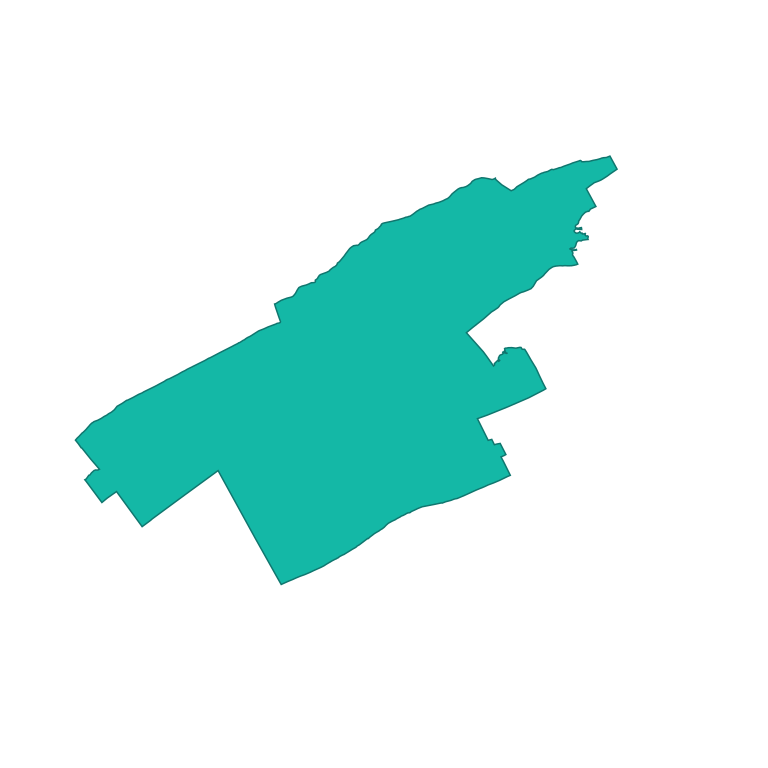 Gogosu, Dolj, Romania (Albers equal-area conic projection), rotated 331°
{"feature_id": "2599482B40492403167695", "entity_name": "Gogosu", "entity_type": "district", "adm_level": 2, "iso_a3": "ROU", "parent_name": "Romania", "parent_adm1": "Dolj", "projection": "albers", "projection_center": [23.374, 44.414], "detail": "fine", "context": "isolated", "style": "filled", "palette": "teal", "viewbox_px": 768, "rotation_deg": 331, "n_neighbors": 0, "source": "geoboundaries", "source_scale": "gbopen_adm2", "svg_char_len": 6134}
<svg xmlns="http://www.w3.org/2000/svg" viewBox="0 0 768 768"><g transform="rotate(331 384 384)"><path d="M450.2,525.1L450.9,510.0L451.0,504.5L454.2,504.8L456.4,504.8L456.8,492.3L453.2,491.1L451.1,490.6L451.4,484.7L447.8,483.8L448.9,459.6L459.3,461.3L466.6,462.2L481.4,464.0L503.9,466.2L520.3,466.7L523.3,466.6L523.5,460.1L524.0,451.7L524.4,446.7L524.6,443.5L524.2,434.0L524.1,425.4L523.9,422.1L523.5,421.5L522.4,421.1L521.7,420.6L521.6,418.5L520.6,417.8L516.7,416.6L513.5,414.2L510.5,412.6L508.3,411.9L507.4,411.4L506.5,411.6L506.3,412.9L506.1,413.3L505.7,413.3L505.9,416.1L506.5,416.7L506.4,416.8L506.1,416.7L505.7,416.4L505.6,415.9L505.3,415.9L504.6,415.3L504.7,414.3L504.6,414.1L504.2,413.8L503.4,413.7L503.2,413.8L503.2,414.0L503.6,414.4L503.7,414.6L503.4,414.7L503.4,414.9L503.2,415.0L502.3,415.2L502.1,415.4L500.4,415.1L499.0,415.1L496.7,416.7L496.2,417.6L496.1,418.2L496.6,419.0L496.6,419.5L495.8,419.7L495.3,419.7L495.2,418.4L490.4,419.7L490.0,420.9L488.5,421.3L487.2,409.3L486.5,404.0L480.9,379.1L488.7,377.6L502.8,375.3L512.8,373.1L516.5,372.9L520.6,372.5L521.9,372.1L524.0,371.1L528.7,370.2L534.6,370.2L541.6,370.4L546.6,370.3L548.7,370.5L550.7,371.0L555.2,371.6L558.8,371.9L561.9,370.9L567.5,367.6L573.6,366.9L576.1,366.4L578.0,365.6L584.0,363.7L587.6,363.4L589.1,363.5L591.5,364.2L595.4,365.9L597.6,367.3L599.5,368.1L601.7,369.5L605.2,371.4L607.8,372.3L609.9,372.9L611.6,373.1L611.7,370.2L611.7,365.1L611.4,362.8L611.9,361.8L612.7,361.1L612.8,360.3L612.8,359.0L614.2,358.9L615.2,359.4L617.3,360.2L617.5,359.6L615.7,359.1L613.4,357.7L612.2,356.4L612.1,356.0L613.5,355.8L615.0,356.8L616.5,357.2L618.6,356.0L621.1,353.5L622.0,353.2L623.6,352.9L625.9,354.5L627.3,354.4L631.6,356.1L632.5,356.5L632.5,356.0L634.1,354.1L634.1,353.5L633.7,353.0L632.8,352.7L632.3,352.2L632.1,350.9L633.0,350.3L633.0,349.9L631.6,349.6L630.3,348.9L630.5,348.2L629.9,347.8L629.2,347.0L629.1,346.3L629.1,345.7L628.0,346.1L626.5,345.9L625.1,345.1L624.6,344.0L624.3,343.1L624.4,342.5L624.8,341.9L627.5,341.3L627.9,342.2L630.1,343.5L631.8,344.7L632.1,344.1L632.5,342.9L631.5,342.5L629.5,342.0L627.3,340.3L627.6,339.3L628.0,338.6L628.9,338.1L630.8,338.0L631.7,337.7L633.0,336.5L633.2,335.9L635.1,335.0L638.4,332.9L641.0,332.0L643.5,331.4L646.2,331.8L646.8,332.3L647.4,332.1L649.3,331.1L655.4,331.5L655.6,311.3L659.6,310.6L665.5,309.9L670.4,310.6L672.6,310.8L675.7,310.7L680.0,310.4L683.7,309.9L692.0,309.1L692.1,294.2L688.3,293.7L685.7,292.5L683.7,291.9L682.5,291.8L679.1,291.0L675.1,289.7L671.2,288.7L668.7,287.4L666.1,286.3L664.7,285.4L664.6,284.4L664.0,283.6L662.4,283.4L656.1,282.1L653.8,281.9L646.8,280.7L643.8,280.4L642.1,279.8L640.0,279.5L636.2,278.7L634.8,277.6L633.8,277.5L630.4,277.5L628.0,276.9L626.7,276.5L625.5,276.4L623.9,276.0L619.8,275.8L616.0,276.1L611.2,275.6L610.1,275.1L609.0,275.0L608.6,275.2L604.3,275.6L595.9,275.9L593.4,276.6L592.0,276.9L588.9,276.6L583.6,266.9L581.5,261.1L580.8,259.0L581.2,258.0L578.8,257.9L577.6,257.5L574.7,254.9L571.6,252.4L569.3,250.9L565.8,250.1L563.8,249.5L562.5,249.3L559.4,249.5L557.0,250.6L553.5,251.1L551.4,251.1L548.4,250.5L547.5,250.0L546.4,249.7L545.0,249.4L543.0,249.4L536.0,250.6L532.1,252.1L529.5,252.6L527.6,252.4L524.2,252.3L519.9,251.7L517.0,250.9L514.6,250.6L509.8,249.2L502.8,249.0L499.8,248.6L498.2,248.8L496.3,248.8L492.2,249.5L488.2,249.9L487.2,249.5L485.5,249.3L484.0,248.7L481.5,248.4L477.4,247.5L476.5,247.4L469.4,245.4L462.9,243.4L461.0,242.9L459.5,242.9L458.8,243.2L458.4,243.8L456.1,244.5L454.9,245.0L453.7,245.2L451.1,245.2L450.0,246.3L448.6,246.7L447.1,246.8L445.2,247.0L443.2,247.6L441.0,248.7L439.2,249.3L437.5,249.3L433.4,249.0L431.7,249.1L430.3,249.7L429.1,250.0L427.9,249.9L427.6,249.5L424.4,248.3L421.6,248.5L419.7,248.9L413.7,251.5L411.1,252.8L404.3,255.4L401.8,255.7L401.0,256.6L399.7,257.2L397.9,257.5L396.4,257.4L394.8,257.6L392.2,258.0L391.2,258.5L390.2,258.6L387.9,258.5L381.7,257.5L380.2,257.6L378.2,258.6L377.2,259.3L376.4,259.6L374.2,259.9L373.7,261.2L373.2,261.5L372.4,261.5L371.1,261.0L369.8,260.3L368.5,260.1L367.3,260.1L364.0,259.7L359.7,258.6L357.7,258.4L356.3,258.4L354.1,259.5L350.5,261.8L347.3,263.1L345.3,263.1L340.8,261.9L334.8,261.0L330.6,261.1L328.6,261.3L327.1,261.0L326.4,264.0L324.7,273.3L323.7,279.3L323.1,279.9L322.2,279.9L319.8,279.1L318.4,279.1L310.6,277.9L305.4,277.5L301.1,276.9L299.8,276.8L290.1,277.4L287.0,277.2L284.5,277.4L283.5,277.7L282.2,277.5L277.9,277.8L276.6,277.5L276.0,277.7L271.6,277.5L269.6,277.5L255.8,277.0L246.6,276.8L244.2,276.7L243.2,276.5L238.8,276.6L218.9,275.7L216.5,275.8L213.4,275.6L207.9,275.7L198.5,275.3L196.8,275.0L194.6,275.0L193.3,275.2L181.7,275.0L170.2,274.4L168.0,274.5L164.4,274.1L157.9,274.1L152.0,273.8L150.9,273.5L145.8,274.0L139.7,274.1L135.7,275.8L131.9,276.5L128.6,276.5L126.5,276.8L125.0,276.8L123.8,276.7L120.0,277.0L116.0,276.9L112.2,276.3L110.8,276.5L109.7,276.5L108.7,276.7L106.4,277.4L105.3,277.9L104.0,278.3L101.4,279.3L97.4,280.4L96.2,280.5L91.7,282.0L89.6,282.5L86.9,283.5L87.7,288.1L88.2,293.0L88.7,293.6L91.1,307.6L93.8,320.6L92.0,320.5L91.0,320.0L90.2,319.4L88.5,319.1L85.0,319.9L83.5,320.6L83.0,320.9L82.2,320.9L81.6,320.7L77.5,322.7L75.9,322.7L76.3,324.8L79.8,350.9L86.7,349.6L97.9,348.4L103.3,391.5L113.8,390.1L116.0,389.6L155.4,384.5L196.9,379.3L196.6,456.6L196.8,499.4L196.9,509.5L204.2,510.1L209.3,510.7L213.1,511.0L217.6,511.5L222.4,512.3L228.2,512.9L232.0,513.1L240.2,513.8L243.5,513.9L246.1,513.7L252.9,513.5L256.4,513.6L257.8,513.8L258.4,513.6L259.4,513.8L261.6,513.4L265.0,513.5L266.2,513.7L276.1,513.2L280.0,513.2L281.2,513.0L281.9,512.7L284.3,512.7L293.8,511.3L294.8,511.2L294.9,511.5L295.6,511.6L296.3,511.3L297.7,511.0L303.1,510.2L305.7,510.1L308.4,510.1L310.3,509.8L312.3,509.8L314.7,509.4L317.5,508.5L320.2,507.9L324.6,507.9L328.6,508.2L329.2,508.0L333.9,508.1L335.1,507.9L336.8,508.2L339.8,508.3L340.3,508.2L342.6,508.3L343.3,508.8L344.7,509.1L346.1,508.8L348.5,509.0L351.3,509.2L353.4,509.3L357.9,509.9L369.3,513.6L376.4,515.8L376.9,516.2L377.3,516.4L380.9,516.9L386.0,518.2L389.6,518.7L391.0,519.1L392.4,519.6L400.9,520.5L413.7,521.5L422.0,522.5L426.4,522.8L431.6,523.6L438.2,524.3L447.3,524.8L450.2,525.1Z" fill="#14b8a6" stroke="#0f766e" stroke-width="1.5"/></g></svg>